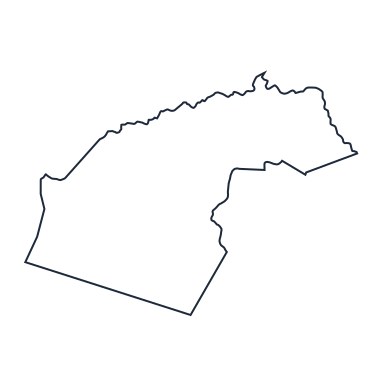 the district of San Marcos de Caiquin, Lempira, Honduras, rotated 183°
{"feature_id": "27666195B28555901802935", "entity_name": "San Marcos de Caiquin", "entity_type": "district", "adm_level": 2, "iso_a3": "HND", "parent_name": "Honduras", "parent_adm1": "Lempira", "projection": "natural_earth1", "projection_center": [-88.626, 14.387], "detail": "fine", "context": "isolated", "style": "outline", "palette": "slate", "viewbox_px": 384, "rotation_deg": 183, "n_neighbors": 0, "source": "geoboundaries", "source_scale": "gbopen_adm2", "svg_char_len": 5995}
<svg xmlns="http://www.w3.org/2000/svg" viewBox="0 0 384 384"><g transform="rotate(183 192 192)"><path d="M187.0,69.1L154.1,133.9L155.5,135.6L156.4,137.2L157.2,138.3L158.2,139.0L159.6,139.9L160.4,140.6L161.0,141.6L161.5,142.7L161.7,143.6L162.0,144.4L161.9,145.9L161.7,147.3L161.4,148.3L160.9,151.6L160.8,153.4L160.5,155.6L160.7,156.8L162.2,158.9L164.0,160.4L165.5,160.9L167.1,162.6L168.5,163.9L170.0,164.3L171.1,165.1L171.4,166.5L171.1,167.9L170.1,169.9L169.9,170.7L170.0,171.8L170.4,173.1L170.4,174.0L169.8,174.9L167.8,176.8L166.9,177.8L164.9,180.4L163.8,181.4L162.7,181.9L161.4,182.8L160.0,183.7L158.7,184.7L157.8,185.8L157.1,186.5L156.3,187.9L155.9,189.2L155.9,191.3L156.2,194.0L155.8,202.5L155.3,205.1L154.8,206.9L154.3,210.8L152.8,215.1L151.0,217.0L149.7,217.6L148.5,217.8L147.5,217.9L146.2,217.6L120.7,217.8L121.1,223.0L121.0,224.6L120.2,225.5L119.2,225.9L118.5,226.0L116.7,225.8L115.4,225.5L112.4,224.5L110.8,224.2L109.0,224.0L107.4,224.3L106.2,225.1L105.4,225.8L104.5,226.7L103.7,227.9L79.7,215.2L79.0,217.5L29.2,239.1L29.4,239.4L29.5,240.2L29.7,240.4L29.9,240.6L30.6,240.8L32.0,241.2L32.8,241.3L33.7,241.3L34.0,241.4L34.2,241.6L34.7,242.9L35.2,244.3L36.0,247.2L36.4,248.1L36.6,248.4L36.8,248.6L37.1,248.7L37.4,248.8L38.9,249.0L40.3,249.0L41.5,248.8L42.0,248.8L42.5,249.0L42.8,249.3L43.3,249.8L43.6,250.4L43.8,251.0L43.9,252.0L44.2,252.7L44.7,253.5L45.4,254.4L45.9,255.0L46.5,255.5L48.6,256.7L49.6,257.6L49.9,257.9L50.1,258.4L50.5,260.0L51.1,261.8L51.9,264.0L52.2,264.6L52.5,264.9L53.4,265.5L54.2,265.8L55.2,266.1L55.7,266.3L56.5,266.7L57.1,267.2L57.2,267.5L57.3,268.0L57.4,272.2L57.7,272.8L58.2,273.6L58.6,274.0L59.2,274.5L59.5,274.8L59.6,275.1L59.7,275.7L59.8,276.8L59.9,277.8L60.2,278.9L60.6,280.2L60.7,280.4L63.8,282.0L64.0,282.4L64.3,283.4L64.3,284.2L64.2,284.8L63.9,286.1L63.8,287.0L63.9,288.1L64.1,289.2L64.3,289.5L64.8,290.4L66.0,292.0L66.2,292.3L66.4,292.8L66.5,293.3L66.6,293.9L66.6,296.0L66.7,297.2L66.8,298.2L66.9,298.6L67.1,298.9L67.3,299.2L68.6,300.2L69.6,300.8L70.8,301.5L72.6,302.2L73.8,302.6L74.4,302.6L77.2,302.6L80.1,302.5L81.2,302.4L82.0,302.2L82.5,302.1L83.0,301.8L83.5,301.5L84.1,300.9L84.9,299.9L85.9,298.6L86.2,298.3L86.6,298.2L86.9,298.1L87.8,298.1L88.6,298.0L93.0,296.5L93.7,296.3L93.9,296.4L94.1,296.6L94.5,297.3L95.0,297.9L96.4,298.6L96.6,298.7L96.8,298.7L97.6,298.4L98.6,297.9L99.5,297.4L100.9,296.4L101.9,295.9L102.7,295.5L103.4,295.3L104.3,295.1L104.9,295.0L106.0,295.1L107.0,295.4L108.1,295.8L108.9,296.2L109.3,296.6L112.1,300.7L113.7,302.2L114.3,302.6L114.7,302.8L114.9,302.8L115.1,302.8L115.9,302.3L117.4,301.3L119.3,299.9L120.4,299.2L121.1,299.0L121.6,298.9L122.0,299.0L122.5,299.2L122.8,299.6L123.2,300.1L123.7,301.1L123.9,301.7L123.9,302.0L123.7,302.6L123.2,303.4L123.0,303.9L122.4,305.9L122.3,306.8L122.4,307.0L124.1,307.6L125.9,308.1L126.1,308.2L127.3,309.4L128.1,310.2L128.2,310.4L125.8,314.9L128.3,313.5L131.8,311.4L133.5,310.3L133.8,309.9L134.8,308.0L135.8,305.5L136.4,303.8L136.7,302.9L136.8,302.4L136.8,301.9L136.7,301.4L136.5,301.1L136.0,300.7L135.6,300.3L135.4,299.8L135.2,299.1L135.0,298.4L135.1,297.9L135.2,297.3L135.5,296.9L135.9,296.5L136.4,296.2L137.7,295.8L139.3,295.6L141.0,295.8L141.5,295.7L142.1,295.6L142.6,295.4L143.0,295.2L143.4,294.8L144.3,293.5L145.1,292.5L145.9,291.8L146.3,291.5L146.6,291.4L146.9,291.4L148.0,291.7L149.2,292.2L150.6,293.0L151.6,293.4L153.7,294.0L154.6,294.1L155.2,294.1L155.6,293.9L155.8,293.6L155.9,293.2L155.9,292.6L156.0,292.2L156.2,291.8L156.4,291.5L156.7,291.4L157.0,291.2L157.3,291.2L157.8,291.2L158.1,291.1L159.3,290.0L160.4,289.1L160.7,288.9L161.0,288.9L161.7,289.1L162.3,289.3L163.2,289.8L164.8,290.7L166.8,291.6L167.5,291.8L171.2,292.8L172.0,292.7L173.1,292.4L173.8,292.2L174.0,292.0L174.8,291.2L175.4,290.4L175.7,290.2L178.8,288.2L179.6,287.9L180.8,287.4L181.4,287.0L181.9,286.5L182.4,285.6L183.0,284.8L183.9,283.6L184.1,283.4L184.3,283.4L184.5,283.4L185.4,283.7L185.7,283.9L186.1,284.3L186.4,284.3L186.7,284.1L187.1,283.5L187.8,282.8L188.9,281.7L189.2,281.6L189.5,281.6L190.0,281.7L190.3,281.7L190.6,281.6L190.9,281.5L191.5,280.9L192.1,280.0L192.3,279.6L192.8,278.3L193.3,277.5L194.0,276.7L194.4,276.4L194.6,276.2L195.1,276.1L195.5,276.2L196.1,276.4L196.7,276.7L197.9,277.5L199.2,278.8L199.7,279.2L200.6,279.5L200.8,279.5L201.1,279.5L201.4,279.5L201.9,280.3L202.6,281.1L202.8,281.1L203.7,281.1L204.9,281.0L205.2,280.9L205.6,280.6L206.1,279.8L206.6,279.2L210.2,275.9L213.0,273.3L213.7,272.7L214.1,272.5L214.9,272.2L215.6,272.1L217.0,272.0L218.5,272.4L220.3,273.1L220.7,273.2L221.6,272.9L222.5,272.5L223.9,271.7L225.0,271.0L225.9,271.0L226.7,271.2L227.1,271.1L227.4,270.8L227.8,270.3L228.2,269.4L228.7,267.9L229.1,267.0L230.2,264.7L230.8,263.7L233.2,264.3L233.3,264.3L233.5,264.1L233.8,263.6L234.0,263.3L235.0,262.6L235.5,262.4L236.2,262.1L236.9,261.9L238.2,261.9L238.7,261.9L239.0,261.8L239.1,261.6L239.2,261.4L239.1,260.6L239.2,260.1L239.6,258.6L239.8,258.2L240.1,257.8L240.4,257.5L240.7,257.3L240.9,257.3L241.3,257.3L242.3,257.5L243.5,257.9L244.9,258.6L245.4,258.7L248.7,259.3L249.9,259.4L250.2,259.4L250.7,259.1L252.6,257.3L252.9,257.1L253.1,257.0L254.0,257.0L255.7,257.2L259.0,257.5L259.8,257.5L260.1,257.5L260.4,257.3L261.8,256.2L262.5,255.8L263.2,255.7L264.9,255.7L265.8,255.5L266.0,255.4L266.0,255.2L266.1,254.6L266.1,252.9L265.9,251.4L266.0,250.9L266.2,250.6L266.6,250.1L266.9,249.7L267.2,249.3L267.4,248.6L267.5,248.4L267.8,248.1L268.0,247.9L268.7,247.6L269.3,247.4L270.0,247.2L270.6,247.2L271.0,247.3L271.4,247.7L271.6,247.8L273.7,248.3L274.3,248.6L274.8,248.7L275.1,248.7L275.8,248.5L276.8,248.4L279.0,248.2L280.1,246.4L280.8,244.8L282.1,242.9L283.5,241.7L286.9,239.8L319.1,199.6L319.9,198.8L322.0,197.8L323.8,197.1L324.1,197.0L324.7,197.1L325.9,197.3L327.6,197.8L327.9,197.9L332.0,198.0L332.4,198.1L333.2,198.4L335.3,199.5L337.4,200.8L338.0,201.3L338.7,201.9L338.9,202.0L339.1,201.9L339.3,201.7L339.9,200.6L341.0,198.8L343.1,197.4L343.4,197.1L343.6,196.6L343.7,196.2L343.0,182.2L338.5,167.3L344.3,139.2L354.8,113.2L187.0,69.1Z" fill="none" stroke="#1e293b" stroke-width="2"/></g></svg>